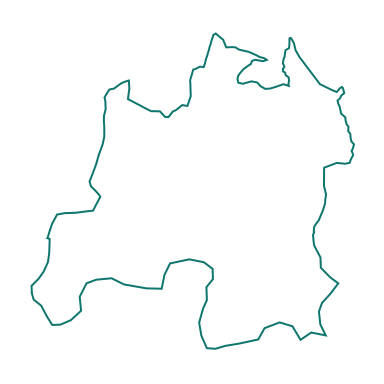 outline of Mylikouri, Nicosia, Cyprus, rotated 178°
{"feature_id": "46923920B19881543279373", "entity_name": "Mylikouri", "entity_type": "district", "adm_level": 2, "iso_a3": "CYP", "parent_name": "Cyprus", "parent_adm1": "Nicosia", "projection": "natural_earth1", "projection_center": [32.723, 34.946], "detail": "fine", "context": "isolated", "style": "outline", "palette": "teal", "viewbox_px": 384, "rotation_deg": 178, "n_neighbors": 0, "source": "geoboundaries", "source_scale": "gbopen_adm2", "svg_char_len": 3538}
<svg xmlns="http://www.w3.org/2000/svg" viewBox="0 0 384 384"><g transform="rotate(178 192 192)"><path d="M341.0,72.1L336.3,64.0L328.2,64.0L317.6,68.1L307.0,77.2L307.9,91.2L300.6,104.4L290.8,107.7L275.4,108.6L263.2,102.0L241.0,97.3L225.7,96.4L222.4,110.2L216.4,121.4L197.0,124.8L182.6,121.4L174.1,114.5L174.1,104.2L180.9,96.4L180.9,83.5L185.1,74.9L189.4,61.2L187.7,48.3L182.6,35.4L174.1,34.5L164.0,37.1L150.5,38.8L131.0,42.3L124.2,53.4L109.0,58.6L96.3,54.3L88.7,40.5L77.7,47.4L63.3,44.0L68.4,55.2L68.8,60.9L69.3,68.1L65.9,76.7L63.5,79.1L57.4,85.3L49.0,95.6L53.0,98.8L56.4,101.5L56.6,101.6L63.6,109.3L65.9,111.9L65.9,112.5L65.9,117.0L65.9,122.2L66.2,122.8L71.8,134.3L72.0,136.3L72.6,144.6L71.3,147.6L71.7,147.9L71.2,152.8L68.9,156.2L66.3,159.3L65.1,161.9L64.0,164.3L61.6,169.5L61.5,169.9L60.7,172.3L59.4,176.0L59.1,179.6L58.1,184.9L59.7,192.6L59.9,193.6L59.7,197.9L59.1,211.7L53.1,213.7L46.4,216.0L38.0,214.9L37.5,215.0L35.5,215.3L33.5,215.6L32.0,219.2L29.8,223.0L30.2,225.5L31.1,227.3L29.8,229.8L28.4,233.9L30.7,236.6L31.5,239.5L31.8,244.7L33.8,247.4L33.3,251.7L35.1,254.2L36.0,258.2L36.2,261.2L40.2,265.2L41.5,272.2L42.8,275.2L43.3,278.5L41.1,280.1L39.3,283.3L36.4,285.5L37.5,290.5L38.5,291.7L40.7,290.4L42.2,288.7L43.9,286.9L48.7,289.1L60.4,295.3L80.0,323.3L83.5,330.0L84.9,336.9L85.6,338.4L86.8,340.8L87.9,342.5L88.2,342.6L89.2,342.2L89.4,338.3L89.6,335.0L90.1,332.3L90.3,332.2L93.5,330.5L93.9,329.2L94.3,327.1L94.7,323.9L95.7,322.2L95.8,321.9L96.7,317.4L95.4,314.3L95.3,313.7L96.7,312.2L96.8,312.1L96.9,309.5L96.8,309.4L94.8,308.1L94.4,305.8L94.3,305.6L94.2,305.4L91.4,303.2L91.1,299.8L91.9,296.6L91.5,294.7L96.9,296.5L104.8,294.1L110.1,292.7L115.2,292.5L119.7,295.3L123.1,299.2L128.7,300.5L137.4,298.4L141.9,299.6L142.6,303.0L142.0,306.2L140.4,308.4L137.2,312.0L135.7,313.4L135.3,313.7L131.1,316.5L128.7,317.8L127.4,320.9L127.2,321.0L124.2,321.9L119.5,320.9L118.6,320.7L116.5,320.2L112.7,321.4L113.6,322.1L115.2,323.2L117.5,323.9L119.8,324.6L122.2,326.1L126.9,328.4L130.2,330.0L135.3,331.4L135.7,331.5L139.5,332.5L140.4,332.9L143.5,335.0L146.4,335.4L152.8,335.4L155.3,342.3L155.5,343.0L162.7,349.5L162.8,349.4L165.1,348.3L166.0,345.7L166.4,344.8L167.4,342.0L168.4,338.6L169.7,335.4L169.9,333.9L170.4,332.7L170.7,331.9L172.1,327.6L173.3,324.6L174.6,320.1L175.8,316.5L176.3,316.4L179.6,317.0L184.9,314.6L186.5,314.3L188.6,307.8L190.0,303.7L189.8,298.4L189.9,297.2L189.9,294.3L189.9,287.9L190.8,285.5L192.5,280.9L193.6,278.2L194.2,278.3L198.8,279.2L199.5,278.6L205.2,274.4L208.5,273.0L208.6,272.9L208.7,272.7L212.9,267.7L216.3,268.0L221.2,273.7L225.7,274.0L230.0,274.2L230.5,274.4L231.6,275.1L233.0,275.8L238.7,279.0L239.4,279.5L247.0,283.8L252.8,287.1L252.2,290.4L251.0,297.7L251.1,301.1L251.2,305.6L251.5,305.5L253.4,305.1L254.0,304.9L256.6,304.0L258.8,303.2L259.4,302.8L266.3,298.1L268.6,297.7L270.9,297.3L271.1,297.2L273.0,294.5L274.7,291.8L276.1,289.6L275.4,285.4L275.4,277.9L277.3,271.2L277.6,266.5L277.6,266.2L277.4,260.0L277.7,250.4L279.7,242.6L282.7,235.1L283.6,233.1L284.0,231.9L284.7,229.8L286.5,224.1L286.8,223.2L288.8,218.3L289.6,216.3L292.5,209.5L294.0,206.2L293.2,202.8L292.8,201.2L292.3,200.7L287.9,196.0L285.0,192.4L283.8,190.5L286.7,185.3L288.8,181.8L291.5,176.8L298.6,176.3L301.6,176.0L308.8,175.3L309.8,175.3L316.1,175.3L319.9,175.3L327.6,174.2L332.7,165.5L332.8,165.4L333.8,162.8L335.4,158.6L336.3,155.9L338.0,151.0L338.1,150.9L335.9,150.0L336.3,143.4L336.9,135.5L338.4,127.0L343.1,117.5L348.3,110.7L355.6,103.8L355.6,96.4L354.0,90.0L346.7,83.7L341.0,72.1Z" fill="none" stroke="#0f766e" stroke-width="2"/></g></svg>